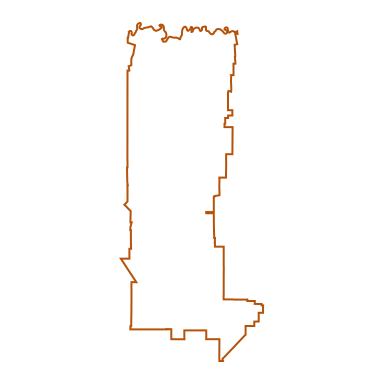 outline of Río Bravo, Tamaulipas, Mexico
{"feature_id": "50627088B84741997482443", "entity_name": "Río Bravo", "entity_type": "district", "adm_level": 2, "iso_a3": "MEX", "parent_name": "Mexico", "parent_adm1": "Tamaulipas", "projection": "orthographic", "projection_center": [-98.021, 25.728], "detail": "fine", "context": "isolated", "style": "outline", "palette": "amber", "viewbox_px": 384, "rotation_deg": 0, "n_neighbors": 0, "source": "geoboundaries", "source_scale": "gbopen_adm2", "svg_char_len": 5599}
<svg xmlns="http://www.w3.org/2000/svg" viewBox="0 0 384 384"><path d="M130.3,329.4L133.2,329.3L133.3,329.4L136.3,329.4L149.3,329.4L164.6,329.4L167.3,329.4L167.1,329.1L171.3,329.2L171.3,339.2L184.4,339.3L184.3,330.4L206.2,330.4L206.3,334.8L206.2,339.2L219.4,339.2L219.4,343.6L219.3,356.8L219.4,361.0L223.0,361.0L222.4,359.0L223.6,357.7L224.2,357.2L237.1,343.6L245.2,335.0L245.6,334.8L245.6,334.4L245.6,332.6L245.6,326.0L254.3,326.0L254.3,321.6L258.7,321.5L258.7,312.8L263.0,312.8L263.1,305.4L261.7,305.4L261.7,305.2L261.6,304.0L258.7,304.0L254.7,303.9L254.8,301.0L247.3,301.0L247.3,299.5L245.6,299.6L234.0,299.6L232.5,299.4L223.7,299.4L223.6,297.4L223.6,295.3L223.7,295.0L223.7,277.6L223.8,267.1L223.7,266.2L223.7,246.7L215.0,246.7L214.9,242.7L214.7,242.7L214.7,242.4L214.9,241.5L214.9,240.6L214.9,239.8L214.9,239.6L215.0,238.0L214.2,238.0L214.2,236.9L214.1,233.7L214.0,231.5L214.0,229.9L213.9,229.3L214.0,229.1L214.0,228.2L213.9,227.3L213.9,224.6L213.8,221.9L213.9,219.0L213.8,215.4L213.7,213.7L213.7,213.2L212.0,213.2L210.6,213.2L207.7,213.3L206.2,213.2L206.2,212.0L213.8,212.1L213.8,201.7L213.8,198.3L213.8,196.6L214.7,196.5L214.8,196.0L216.8,195.7L219.5,195.2L219.5,192.5L219.3,186.3L219.5,178.7L219.3,178.6L219.3,178.4L219.3,177.6L226.0,177.6L226.0,171.5L226.1,170.9L226.1,170.6L226.1,170.4L226.2,163.4L226.1,156.3L226.2,154.2L232.4,154.2L232.6,127.1L224.5,127.1L224.5,123.7L225.2,123.6L225.2,118.0L228.1,118.0L228.1,115.5L232.4,115.5L232.3,110.2L228.0,110.2L228.0,92.7L228.5,90.9L231.1,91.7L231.3,90.0L231.2,85.3L231.0,81.2L231.1,79.0L231.2,75.6L231.0,75.1L233.5,75.1L233.5,67.3L233.5,63.7L235.4,63.7L234.9,56.4L235.3,56.1L234.6,44.8L237.2,44.2L235.2,33.4L237.5,33.9L237.2,31.3L236.6,31.7L236.2,31.8L235.9,31.9L235.2,31.9L234.7,31.9L233.0,31.1L232.3,31.1L231.6,31.3L230.4,32.0L229.2,32.6L228.8,32.5L228.6,32.2L228.3,31.5L228.1,30.7L227.9,29.9L227.7,29.0L227.5,27.9L227.1,27.6L226.9,27.5L226.6,27.4L226.1,27.4L225.6,27.6L225.1,27.9L224.7,28.4L224.6,28.6L224.5,29.1L224.6,29.3L225.0,29.7L226.0,30.3L226.6,30.7L226.9,30.9L227.1,31.3L227.2,31.8L227.2,32.0L227.1,32.5L226.7,33.2L226.2,33.5L225.6,33.7L225.3,33.7L224.9,33.6L224.6,33.5L224.1,33.1L223.8,32.7L222.8,31.3L221.2,30.0L220.7,29.6L219.8,29.2L219.2,29.1L218.5,29.0L217.1,29.2L216.5,29.5L216.2,29.8L215.9,30.3L215.6,30.8L215.1,31.4L214.2,32.1L213.9,32.5L213.7,33.4L213.5,33.5L213.2,33.9L212.7,34.1L212.4,34.2L211.7,34.2L211.1,34.0L210.2,33.4L209.7,32.8L209.2,32.2L208.9,31.7L208.6,31.3L208.1,31.1L206.8,31.0L206.4,30.6L206.1,30.1L205.9,28.7L205.9,27.8L206.0,27.2L206.0,26.9L205.9,26.7L205.7,26.6L205.1,26.5L202.5,27.1L202.2,27.5L202.0,28.0L201.9,28.3L202.0,29.3L202.0,29.8L201.7,30.2L201.4,30.6L200.8,30.9L200.6,31.0L200.4,31.0L200.0,30.6L199.6,29.6L199.2,28.7L199.0,28.4L198.6,28.1L198.2,27.8L197.9,27.6L197.2,27.6L196.6,27.6L195.9,27.7L195.3,28.0L194.1,28.6L193.6,29.1L193.4,29.3L193.1,29.9L192.8,31.1L192.4,31.6L192.0,31.9L191.8,32.0L191.6,32.0L191.5,31.7L191.5,31.3L191.6,30.8L192.1,30.1L192.3,29.4L192.4,28.8L192.3,28.0L192.1,27.5L191.8,27.1L191.3,27.0L191.1,27.0L190.9,27.1L190.8,27.3L190.7,27.5L190.7,28.0L190.6,28.3L190.1,29.3L189.6,29.8L188.8,30.3L188.4,30.6L188.1,30.8L187.8,30.8L187.6,30.7L187.3,30.3L187.1,29.8L186.9,29.3L186.6,28.3L186.2,27.7L186.1,27.4L185.8,27.1L185.5,26.9L185.1,26.7L184.8,26.7L184.2,27.0L183.5,27.6L182.9,28.5L182.5,29.3L182.4,29.7L182.2,30.7L181.9,32.3L182.0,34.6L181.5,35.7L181.4,36.0L181.0,36.4L180.6,37.3L180.3,38.4L180.3,38.7L180.1,39.2L179.9,39.3L179.6,39.2L178.4,38.4L177.8,38.1L176.9,37.8L176.0,37.6L174.8,37.7L173.4,37.6L172.3,37.4L170.9,36.8L170.2,36.8L169.8,36.8L169.0,37.1L168.5,37.5L167.7,38.6L166.2,41.2L166.0,41.3L165.5,41.6L165.1,41.6L164.2,41.6L163.4,41.7L163.2,41.6L162.7,40.8L162.2,39.7L162.0,39.3L161.9,39.1L162.0,38.9L162.3,38.7L163.6,38.7L164.1,38.6L164.8,38.3L165.3,38.0L165.6,37.6L166.0,37.1L166.3,36.1L166.4,35.2L166.4,34.6L166.2,33.6L166.0,33.0L165.8,32.4L165.2,31.7L164.9,31.5L164.7,31.2L164.3,30.7L164.2,30.4L163.9,29.2L163.9,27.5L163.6,26.4L163.0,25.4L162.8,25.2L162.3,24.8L161.8,24.7L161.1,24.6L160.3,24.7L160.1,24.8L159.7,25.0L159.5,25.5L159.6,25.8L159.8,26.1L160.0,26.2L161.0,26.5L161.4,26.9L161.6,27.3L161.6,27.8L161.4,28.0L160.5,28.8L160.0,29.0L158.6,29.9L156.9,30.6L156.4,30.7L156.1,30.8L155.1,30.5L154.2,30.0L154.0,29.8L153.6,29.3L153.4,29.0L153.2,28.4L152.8,27.9L151.9,27.0L151.6,26.6L151.4,26.5L151.2,26.4L150.6,26.4L148.9,27.1L147.4,27.4L145.9,27.6L143.7,28.2L143.0,28.8L142.7,29.0L142.0,29.2L141.4,29.1L140.2,28.5L140.0,28.4L139.7,28.1L139.6,27.6L139.6,26.9L139.7,26.5L140.0,26.0L140.6,25.2L140.9,24.4L140.9,24.0L140.8,23.7L140.5,23.2L140.0,23.1L139.7,23.0L139.3,23.1L138.9,23.3L138.2,23.7L137.6,24.3L137.3,24.8L137.1,25.2L137.0,25.9L137.2,28.1L137.1,29.0L136.9,29.6L136.1,31.0L135.9,31.8L135.7,32.1L135.4,32.6L134.7,33.4L134.6,33.5L134.5,34.2L134.4,34.5L133.8,35.1L133.3,35.3L132.7,35.4L132.2,35.1L131.7,34.5L131.6,34.2L131.5,33.8L131.7,33.1L131.7,32.2L131.5,31.8L131.2,31.2L130.5,30.9L130.0,31.0L129.7,31.1L128.8,31.9L129.0,32.2L128.2,37.1L128.1,37.8L127.7,37.8L127.7,42.7L135.0,45.1L133.2,54.6L132.9,55.4L132.4,56.1L132.0,56.9L131.3,59.0L131.3,64.4L131.3,64.7L131.3,65.2L129.0,66.2L128.7,66.2L128.8,66.9L129.3,70.6L127.5,70.6L127.4,158.8L127.5,162.9L127.5,163.1L127.5,167.5L127.0,167.6L127.3,182.5L127.8,185.2L127.4,185.2L127.5,188.6L127.5,201.4L126.3,202.8L124.4,204.7L130.7,211.1L130.4,222.4L131.7,222.4L130.4,227.1L130.3,230.1L130.9,230.1L130.9,242.6L131.1,248.8L129.4,248.8L129.4,258.7L120.9,258.7L136.3,282.2L131.5,282.1L131.4,287.6L131.5,291.0L131.4,312.7L131.3,317.2L131.2,326.2L130.4,326.2L130.3,329.4Z" fill="none" stroke="#b45309" stroke-width="2"/></svg>